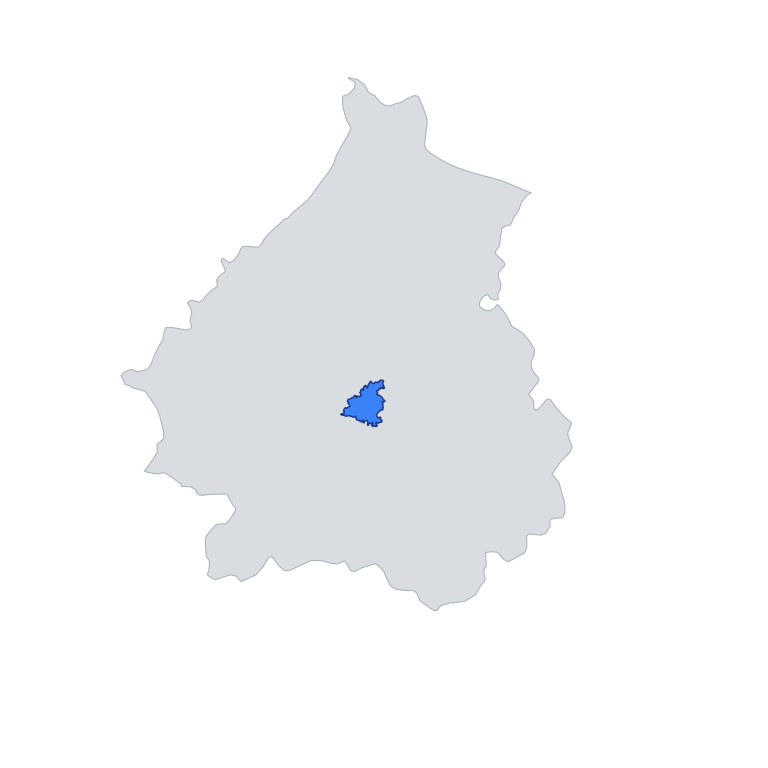 Chervyen, Minsk, Belarus shown in context, rotated 124°
{"feature_id": "67162791B52884935059856", "entity_name": "Chervyen", "entity_type": "district", "adm_level": 2, "iso_a3": "BLR", "parent_name": "Belarus", "parent_adm1": "Minsk", "projection": "mercator", "projection_center": [28.408, 53.766], "detail": "fine", "context": "in_parent", "style": "filled", "palette": "blue", "viewbox_px": 768, "rotation_deg": 124, "n_neighbors": 0, "source": "geoboundaries", "source_scale": "gbopen_adm2", "svg_char_len": 9233}
<svg xmlns="http://www.w3.org/2000/svg" viewBox="0 0 768 768"><g transform="rotate(124 384 384)"><path d="M590.2,534.0L580.0,533.4L567.7,533.7L560.8,538.5L553.3,536.2L548.0,538.9L535.8,552.1L531.0,559.2L526.5,570.1L523.8,578.1L525.3,583.8L527.5,589.0L528.1,594.6L529.2,599.0L526.2,602.2L524.4,606.8L519.3,606.0L513.0,601.6L511.7,595.2L506.9,590.7L503.7,588.4L498.5,588.1L490.1,590.1L479.2,591.7L470.9,592.2L466.4,594.4L459.8,596.7L457.2,594.0L453.5,586.8L450.5,579.5L448.4,576.3L446.6,575.4L444.3,575.6L441.8,577.9L439.9,580.3L432.9,583.0L429.9,585.6L426.6,592.3L424.3,591.8L422.1,590.3L419.4,582.8L415.8,581.1L410.0,581.0L402.8,579.4L397.0,577.1L394.9,577.7L391.4,580.9L387.7,581.3L379.5,578.5L377.9,579.8L373.1,588.0L370.9,588.4L369.6,587.4L370.3,580.2L365.6,577.7L357.5,577.3L351.9,578.3L349.1,578.0L347.7,576.6L340.8,564.6L337.1,563.8L330.6,564.4L320.9,563.0L309.7,560.2L303.6,559.2L300.4,556.5L293.6,555.6L275.1,550.5L267.6,549.6L256.5,549.5L239.6,548.4L228.8,549.0L223.8,550.7L218.0,551.7L197.9,553.2L190.7,554.5L188.7,557.1L186.3,562.6L178.1,572.2L170.0,578.6L168.6,579.1L163.9,575.7L160.0,574.6L155.4,574.2L152.1,575.3L150.1,576.9L150.4,584.3L149.9,585.0L146.4,576.2L146.6,568.2L148.6,563.7L151.0,559.6L150.0,553.4L152.4,545.3L152.5,539.4L151.4,536.8L149.5,533.9L144.3,530.6L142.0,528.0L134.9,524.6L127.9,520.3L126.7,517.7L127.0,515.9L128.3,513.2L133.6,505.2L139.4,497.4L143.1,494.3L162.8,484.3L165.9,480.7L166.6,474.8L166.3,462.8L165.1,451.8L163.6,444.2L159.8,429.9L149.6,400.1L143.4,369.0L147.4,370.9L156.8,371.6L164.3,369.4L168.2,369.1L171.7,369.8L181.5,368.1L184.0,370.9L188.4,373.3L197.0,369.8L204.7,365.4L212.7,365.8L213.8,363.7L215.8,352.6L218.1,350.2L227.7,351.3L231.2,349.3L234.9,343.8L240.5,340.4L245.2,340.4L250.1,336.5L252.5,339.1L253.6,343.7L252.0,347.4L252.7,348.8L256.1,350.6L261.9,350.6L265.6,349.1L266.5,347.0L266.5,343.2L265.6,339.6L263.1,336.5L258.5,334.9L255.3,334.9L254.7,332.9L255.8,328.7L258.7,321.0L262.2,314.0L264.3,311.3L264.7,308.9L264.3,304.7L264.2,297.0L267.3,286.2L271.6,278.2L277.2,275.5L284.2,274.1L288.6,270.3L290.8,265.8L292.7,258.8L294.9,257.4L311.6,258.3L314.1,251.3L315.6,249.3L318.8,247.3L321.0,244.8L320.2,242.9L315.9,241.6L305.9,240.5L303.9,238.2L304.5,235.4L307.2,228.2L309.7,218.8L311.0,211.5L311.2,207.2L312.6,206.1L320.8,204.7L323.5,203.2L330.6,193.3L336.0,191.6L349.8,194.2L356.2,194.0L364.3,194.6L364.9,193.6L367.8,183.8L381.5,167.9L388.8,162.4L393.5,161.2L395.1,161.5L402.4,169.9L404.2,170.2L409.1,166.7L417.5,166.4L421.5,169.3L427.1,179.6L430.0,180.8L438.2,175.1L442.8,173.2L445.8,173.2L461.3,181.2L462.4,183.7L462.5,186.7L460.1,196.0L463.4,201.7L467.1,205.6L475.1,199.2L478.0,197.4L481.2,197.4L485.5,195.0L488.6,191.4L491.6,190.2L497.3,191.0L507.6,190.2L519.7,195.8L520.7,197.5L526.7,204.1L528.8,207.3L530.8,208.4L534.0,211.6L538.3,213.6L541.2,213.0L542.6,214.0L544.0,216.5L544.1,220.8L543.6,233.0L539.3,239.4L538.8,241.6L539.0,244.3L542.4,249.5L546.8,257.6L547.8,262.3L547.8,265.8L541.8,276.1L539.8,278.6L538.5,283.6L537.7,288.8L538.1,290.9L548.2,299.1L555.6,303.5L557.2,305.7L557.4,307.0L553.4,315.7L553.0,318.1L559.0,321.7L562.3,327.4L565.1,336.6L570.8,345.5L591.8,358.4L593.6,360.7L594.2,363.4L593.5,369.5L589.7,380.9L593.3,382.6L602.6,382.1L613.8,383.5L627.3,391.6L627.3,395.2L625.9,398.5L626.9,402.0L628.3,404.9L640.0,413.9L641.1,416.5L641.3,420.8L641.0,424.0L637.8,424.6L634.2,426.1L628.3,429.9L626.0,435.3L616.5,442.7L610.6,446.1L606.0,446.2L594.9,444.7L591.0,441.1L589.3,437.7L585.1,436.2L579.4,436.1L571.6,436.6L570.0,437.6L568.7,441.8L565.4,448.8L563.0,452.8L572.9,466.6L577.9,472.3L579.5,475.8L579.4,478.3L577.0,481.2L577.4,487.0L582.2,494.7L580.6,496.0L580.1,505.4L580.2,515.4L581.5,517.9L584.1,519.9L586.3,523.5L589.9,531.9L590.2,534.0Z" fill="#d9dde1" stroke="#a8b0b8" stroke-width="1"/><path d="M433.4,402.6L433.3,402.1L433.2,401.4L433.1,400.7L432.8,400.4L432.2,400.0L432.0,399.6L431.9,399.1L432.2,398.7L432.2,398.2L432.0,397.6L431.3,396.9L430.6,396.3L429.9,395.5L429.6,394.9L429.5,394.2L429.3,393.5L429.0,393.1L428.9,392.7L428.9,392.2L428.8,391.3L428.6,390.8L428.1,390.3L427.7,390.1L427.2,389.9L426.7,389.6L426.6,389.3L427.0,389.1L427.3,389.1L427.4,388.7L427.7,388.3L428.0,388.0L428.7,387.5L428.9,386.8L428.8,386.1L428.6,385.6L428.5,385.0L428.4,384.6L428.1,384.4L427.8,384.1L427.7,383.7L427.9,383.4L428.3,383.0L428.5,382.6L428.4,382.4L428.1,382.2L427.9,381.7L427.5,381.3L427.2,381.1L426.7,381.3L426.2,381.5L426.0,381.1L426.1,380.8L426.4,380.6L426.7,380.4L427.0,380.3L427.4,379.9L427.6,379.6L427.6,379.1L427.3,378.9L427.0,378.9L426.7,379.2L426.4,379.3L425.9,379.4L425.6,379.3L425.0,378.9L424.4,378.3L423.9,377.8L423.9,377.3L424.1,376.8L424.6,376.5L425.0,375.9L425.3,375.7L426.0,375.4L426.5,375.2L426.9,375.0L427.2,374.7L427.3,374.4L427.2,374.1L426.9,373.9L426.5,373.9L426.0,374.2L425.7,374.4L425.4,374.4L425.0,374.5L424.6,374.3L424.5,373.8L424.5,373.3L424.4,372.9L424.2,372.6L423.9,372.4L423.2,372.4L422.6,372.2L422.5,371.8L422.7,371.3L423.1,371.0L423.5,370.9L424.1,371.0L424.4,371.1L424.8,371.1L425.4,370.9L425.5,370.6L425.4,370.3L425.0,370.1L424.9,369.9L425.2,369.4L425.1,369.1L424.7,368.9L424.4,368.9L424.0,368.7L423.8,368.3L423.8,367.8L424.0,367.6L423.9,367.4L423.7,367.0L423.4,366.6L423.0,366.4L422.5,366.3L422.1,366.5L422.0,366.9L421.8,367.4L421.6,367.8L421.5,368.3L421.2,368.8L420.7,368.9L420.2,368.8L420.0,368.6L420.0,368.0L420.0,367.6L419.9,367.3L419.6,367.0L419.4,366.6L419.2,366.4L418.6,366.3L418.3,366.2L418.0,365.9L417.7,365.5L417.4,365.1L416.8,364.8L416.2,364.8L415.9,365.0L415.5,365.3L415.3,365.7L415.2,365.8L415.1,366.5L415.1,366.9L414.9,367.2L414.5,367.6L414.1,367.7L413.7,368.0L413.7,368.4L413.7,368.8L414.0,369.2L414.5,369.4L414.8,369.5L415.3,369.8L415.4,370.4L415.3,370.8L415.1,371.3L414.9,371.8L414.5,372.2L414.2,372.6L413.8,372.8L413.3,372.9L412.8,373.0L412.2,373.0L411.4,372.9L410.5,372.8L409.6,372.7L409.1,372.6L408.7,372.5L408.3,372.2L408.1,372.2L407.8,372.2L407.5,372.3L407.2,372.2L407.0,371.9L406.9,371.7L406.8,371.3L406.5,371.0L405.9,370.7L405.4,370.8L405.1,371.0L404.9,371.3L404.8,371.7L404.5,371.8L404.3,371.7L404.0,371.6L403.9,371.7L403.6,371.9L403.4,372.0L403.2,372.3L402.9,372.7L402.6,373.0L402.3,373.2L401.8,373.4L401.4,373.5L401.0,373.8L400.6,374.0L400.5,374.4L400.4,374.8L400.3,375.2L400.2,375.5L399.9,375.7L399.7,375.4L399.3,375.0L399.0,374.7L398.7,374.4L398.5,374.1L398.3,373.8L398.0,373.6L397.8,373.7L397.6,373.8L397.3,374.5L397.3,374.8L397.3,375.8L397.3,376.3L397.0,376.9L396.8,377.0L396.5,377.2L396.3,377.5L396.1,377.9L396.1,378.3L396.1,379.3L396.2,379.9L396.0,380.5L395.9,381.0L396.0,381.7L396.4,382.2L396.5,382.6L396.6,383.2L396.6,384.0L396.6,384.3L396.3,384.3L395.9,384.3L395.6,384.1L395.1,384.1L394.9,384.3L394.8,384.6L394.6,385.2L394.4,385.6L394.2,385.8L393.8,386.0L393.6,385.9L393.2,385.6L392.7,385.3L392.0,385.1L391.7,385.1L391.3,385.2L391.0,385.3L390.7,385.3L390.6,385.2L390.6,384.9L390.5,384.6L390.4,384.5L389.9,384.5L389.6,384.7L389.2,384.7L389.0,384.2L388.9,383.8L388.9,383.4L388.6,383.1L388.4,382.9L388.3,382.5L388.1,382.1L388.0,381.7L387.4,381.4L387.0,381.4L386.8,381.8L387.0,382.3L387.0,383.0L386.6,383.3L386.4,383.2L386.2,383.0L385.8,383.0L385.7,383.0L385.5,383.8L385.2,384.4L384.8,384.9L384.3,385.3L383.7,385.5L383.1,385.7L382.5,385.7L382.0,386.0L381.8,386.3L381.7,386.7L381.7,386.9L381.8,387.1L381.9,387.6L382.1,388.1L382.5,388.6L382.7,388.9L383.1,389.3L383.6,389.3L384.1,389.3L384.6,389.2L385.1,389.4L385.4,389.5L385.4,390.0L385.5,390.2L386.0,390.3L386.5,390.4L386.7,390.6L386.9,390.8L387.0,391.2L387.0,391.7L387.1,392.1L387.6,392.4L388.2,392.4L388.6,392.4L389.0,392.7L389.2,392.8L389.5,393.1L389.6,393.4L389.6,394.0L389.6,395.1L389.6,395.7L389.3,396.0L389.2,396.4L389.5,396.7L390.0,396.9L390.4,396.8L390.8,396.6L391.0,396.4L391.4,396.4L391.6,396.5L392.0,396.6L392.6,396.7L392.9,396.7L393.6,396.5L393.8,396.3L394.2,396.2L394.4,396.2L394.8,396.4L395.1,396.4L395.3,396.3L395.4,396.0L395.9,395.6L396.3,395.6L396.5,395.8L396.6,396.3L396.5,396.8L396.4,397.4L395.8,397.7L395.6,397.8L395.4,398.2L395.5,398.5L396.0,398.7L396.5,398.9L397.0,399.1L397.4,399.2L397.9,399.2L398.1,399.1L398.5,399.0L399.0,398.8L399.4,398.6L399.5,398.2L399.7,397.8L400.4,397.6L400.9,397.8L401.0,398.2L400.8,398.7L400.6,399.0L400.5,399.4L400.8,399.7L401.3,399.7L401.8,399.8L402.4,399.7L402.6,399.5L402.8,399.2L403.3,399.1L403.5,399.1L403.9,399.1L404.3,399.2L404.5,399.1L404.8,399.0L405.0,398.6L405.1,398.1L405.2,397.3L405.6,396.9L405.8,396.9L406.1,397.1L406.4,397.1L406.5,396.9L406.9,396.6L407.3,396.5L407.5,396.7L407.8,397.0L408.2,397.3L408.4,397.5L408.4,397.8L408.6,398.4L408.6,398.9L409.0,399.1L409.5,399.1L410.1,399.2L410.8,399.4L410.7,399.7L410.2,400.0L409.7,400.4L409.5,400.6L409.6,401.1L409.7,401.7L410.1,402.0L410.6,402.0L411.1,401.9L411.9,401.9L412.4,401.9L412.7,402.1L412.8,402.5L412.9,402.9L413.4,402.9L414.0,403.0L414.4,403.1L415.0,403.6L415.8,404.2L416.6,405.0L417.5,404.9L418.2,404.8L418.8,404.6L419.0,403.8L419.1,403.1L419.6,402.9L420.1,402.9L420.3,402.1L420.5,401.2L420.9,400.4L421.3,400.0L421.8,399.9L422.4,400.3L422.9,400.6L423.5,400.9L424.3,401.2L424.8,401.6L425.1,402.1L425.4,402.8L427.0,403.0L428.0,402.8L429.1,402.4L429.1,401.5L429.4,401.1L429.9,401.1L430.6,401.1L431.3,400.5L431.7,401.0L431.8,401.7L432.0,402.3L432.3,402.6L432.8,402.6L433.4,402.6Z" fill="#3b82f6" stroke="#1e3a8a" stroke-width="1.5"/></g></svg>